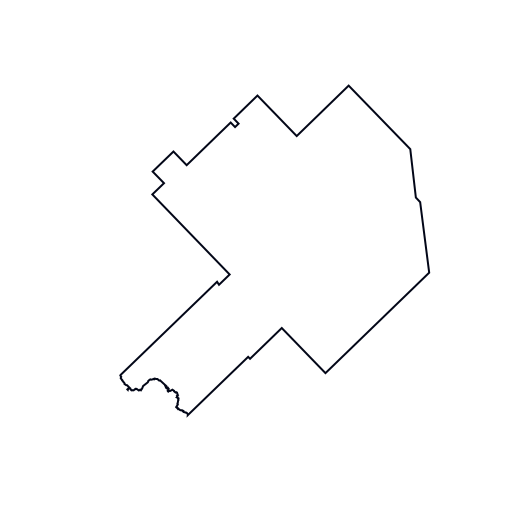 outline of 76, Al Khawr, Qatar, rotated 316°
{"feature_id": "91078587B47360643234421", "entity_name": "76", "entity_type": "district", "adm_level": 2, "iso_a3": "QAT", "parent_name": "Qatar", "parent_adm1": "Al Khawr", "projection": "albers", "projection_center": [51.019, 25.84], "detail": "fine", "context": "isolated", "style": "outline", "palette": "ink", "viewbox_px": 512, "rotation_deg": 316, "n_neighbors": 0, "source": "geoboundaries", "source_scale": "gbopen_adm2", "svg_char_len": 1867}
<svg xmlns="http://www.w3.org/2000/svg" viewBox="0 0 512 512"><g transform="rotate(316 256 256)"><path d="M441.0,197.8L408.1,197.9L368.6,198.0L368.5,141.6L335.4,141.7L335.4,148.7L330.5,148.7L330.5,142.4L316.7,142.4L269.2,142.5L269.2,123.5L240.3,123.5L240.4,139.7L224.2,139.7L224.2,251.0L209.4,251.0L210.1,247.5L75.9,247.5L75.4,247.7L75.1,249.3L74.6,249.4L73.7,250.1L73.6,252.3L73.3,252.5L73.3,254.1L73.1,254.4L73.1,255.8L72.8,256.6L72.5,256.8L72.9,258.7L73.5,259.4L73.5,262.6L70.8,262.6L70.8,263.2L71.1,263.0L73.5,262.9L73.6,264.0L73.3,264.2L73.1,265.1L73.1,266.1L73.2,266.3L73.7,266.4L73.9,266.9L74.6,267.6L77.0,267.8L77.1,268.3L77.8,268.6L78.3,271.3L78.8,271.4L79.1,271.7L79.9,271.7L80.3,272.1L80.2,272.6L82.1,272.2L84.5,271.1L90.4,271.7L91.2,271.4L91.5,271.1L93.6,271.1L93.9,271.4L94.4,271.5L94.6,272.1L94.9,272.3L95.5,272.7L97.0,273.3L97.6,273.6L97.4,274.0L98.2,274.1L98.6,275.0L99.7,276.1L99.7,278.0L100.1,278.7L100.6,278.8L101.0,285.6L100.5,286.1L100.5,286.4L100.6,286.5L101.1,286.7L101.1,287.5L100.3,287.6L99.8,288.0L99.8,288.8L100.3,288.8L100.5,289.4L100.6,289.5L101.1,289.6L100.9,291.0L99.3,291.2L99.3,292.3L98.7,292.3L98.7,292.6L99.8,292.7L100.6,293.5L103.0,294.1L103.4,296.1L103.1,296.4L103.3,298.3L103.8,298.4L104.2,298.8L104.2,299.6L103.7,300.4L103.5,301.2L102.7,301.5L102.7,302.0L101.9,301.8L101.4,303.1L100.9,302.9L101.0,303.4L101.3,303.8L101.4,304.5L100.6,304.7L100.5,305.3L100.1,305.8L99.3,306.0L98.4,306.8L96.8,307.7L96.8,308.3L96.3,308.4L96.0,308.7L94.1,309.1L94.1,309.6L93.6,309.6L93.7,310.4L93.6,311.8L94.1,311.8L94.0,312.6L94.3,313.1L94.3,313.9L94.5,314.5L95.6,315.5L96.0,316.6L95.5,316.6L95.6,318.0L96.4,319.1L96.4,319.6L97.0,320.1L97.2,320.9L97.0,322.6L96.4,323.1L180.3,323.1L180.3,325.8L224.5,325.7L224.6,388.5L369.0,388.3L411.5,331.3L411.6,325.0L441.2,286.3L441.2,281.5L441.0,197.8Z" fill="none" stroke="#020617" stroke-width="2"/></g></svg>